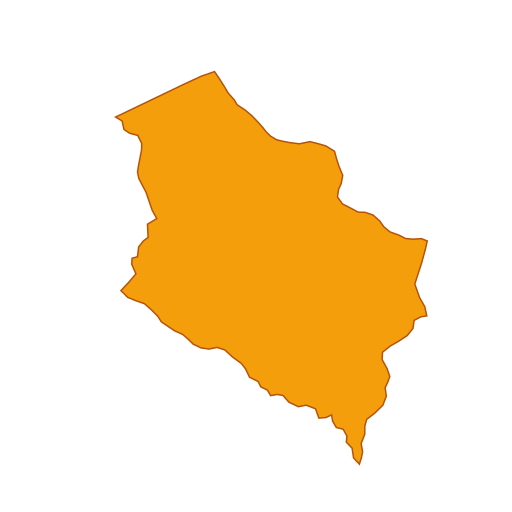 outline of Braúna, São Paulo, Brazil, rotated 291°
{"feature_id": "56859067B77471541506596", "entity_name": "Braúna", "entity_type": "district", "adm_level": 2, "iso_a3": "BRA", "parent_name": "Brazil", "parent_adm1": "São Paulo", "projection": "albers", "projection_center": [-50.346, -21.547], "detail": "fine", "context": "isolated", "style": "filled", "palette": "amber", "viewbox_px": 512, "rotation_deg": 291, "n_neighbors": 0, "source": "geoboundaries", "source_scale": "gbopen_adm2", "svg_char_len": 1738}
<svg xmlns="http://www.w3.org/2000/svg" viewBox="0 0 512 512"><g transform="rotate(291 256 256)"><path d="M383.8,281.7L383.1,273.5L382.1,265.4L376.3,256.3L374.0,247.1L372.6,239.2L371.9,233.4L373.1,226.7L375.3,221.4L378.2,216.6L381.5,210.3L385.3,202.2L388.3,193.8L390.4,184.3L394.1,179.5L398.0,171.9L403.3,165.1L408.0,158.8L413.3,151.2L404.2,140.4L389.1,125.8L335.4,75.1L334.1,82.6L326.8,87.4L325.3,94.1L326.2,102.4L320.1,109.0L313.8,111.2L297.9,114.0L291.9,115.3L286.4,118.8L276.0,130.6L261.6,142.6L255.4,149.9L246.8,143.3L234.7,148.6L229.6,145.4L222.5,143.2L212.8,145.6L209.5,141.1L203.7,143.0L196.3,150.3L185.3,146.4L175.3,142.3L171.4,151.1L171.2,160.2L171.5,168.9L168.3,177.6L164.4,186.1L160.6,191.2L157.0,206.7L156.5,215.7L153.8,223.0L151.2,228.9L150.5,237.6L152.3,245.5L156.7,252.4L157.1,260.7L153.3,270.2L150.5,280.6L146.9,286.7L140.5,293.4L139.6,302.9L135.6,307.3L134.9,314.6L130.9,319.7L134.3,325.4L135.5,331.1L131.3,339.1L130.5,349.6L134.7,356.3L134.7,366.3L127.2,372.8L130.2,379.1L134.7,383.5L129.3,386.7L124.7,392.4L125.5,399.5L120.5,405.4L114.6,407.0L111.0,414.6L102.5,419.4L98.7,427.1L105.4,426.7L111.4,425.7L118.5,421.4L128.7,421.4L136.4,418.5L143.2,417.9L151.5,423.0L162.1,427.9L171.8,427.9L179.3,423.8L185.7,424.2L191.4,424.1L197.8,418.8L204.6,410.8L211.6,408.6L220.2,413.7L227.4,419.6L235.9,425.7L244.7,428.5L252.6,426.7L258.3,431.7L261.3,436.9L269.2,431.7L275.6,423.8L286.7,414.3L309.0,413.1L322.9,411.7L331.4,410.5L331.5,404.2L328.0,396.6L325.9,389.2L326.7,382.3L326.5,372.5L329.1,364.8L333.0,359.0L336.2,350.5L335.9,342.3L333.6,335.7L334.8,325.8L335.6,318.1L340.3,310.9L347.8,309.2L354.0,309.6L362.3,308.1L369.5,301.3L375.7,296.3L381.9,291.8L383.8,281.7Z" fill="#f59e0b" stroke="#b45309" stroke-width="1.5"/></g></svg>